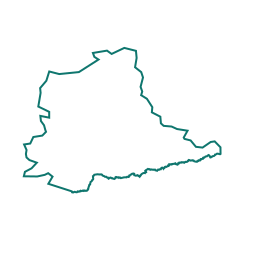 Jeti-Oguz, Ysyk-Köl, Kyrgyzstan (Natural Earth projection), rotated 15°
{"feature_id": "92254566B8733465494202", "entity_name": "Jeti-Oguz", "entity_type": "district", "adm_level": 2, "iso_a3": "KGZ", "parent_name": "Kyrgyzstan", "parent_adm1": "Ysyk-Köl", "projection": "natural_earth1", "projection_center": [78.776, 41.857], "detail": "fine", "context": "isolated", "style": "outline", "palette": "teal", "viewbox_px": 256, "rotation_deg": 15, "n_neighbors": 0, "source": "geoboundaries", "source_scale": "gbopen_adm2", "svg_char_len": 5755}
<svg xmlns="http://www.w3.org/2000/svg" viewBox="0 0 256 256"><g transform="rotate(15 128 128)"><path d="M89.5,203.7L90.2,203.8L90.5,204.4L90.8,204.4L90.9,204.6L91.6,204.5L91.7,204.1L92.4,204.0L93.0,203.4L93.6,203.4L94.0,203.5L94.3,203.5L94.6,203.4L94.8,203.4L95.3,203.3L95.4,203.2L95.7,202.6L95.8,202.5L95.8,202.3L96.0,202.3L96.7,202.4L97.1,202.2L97.2,201.9L97.5,201.9L97.7,201.7L97.9,201.8L98.1,201.7L98.0,201.3L98.3,200.9L99.1,201.1L99.6,200.7L100.1,200.6L100.3,200.3L100.7,200.4L100.8,200.4L100.8,200.2L101.0,200.1L101.2,200.3L101.4,200.2L101.6,199.7L102.3,199.6L102.8,199.9L103.6,199.4L104.3,199.4L104.5,199.3L104.9,198.4L105.2,198.1L105.1,197.8L105.1,197.5L105.4,197.3L105.4,196.9L105.2,196.7L105.3,195.5L105.2,195.3L105.4,194.5L105.3,193.7L105.3,193.0L105.4,192.8L105.9,192.6L106.0,192.4L105.9,192.1L106.0,191.8L105.8,191.4L105.9,190.2L105.8,189.8L106.7,188.8L106.8,188.5L106.8,187.8L107.1,187.5L107.1,187.2L107.4,187.0L107.6,186.6L107.4,185.5L107.3,185.4L106.9,184.6L106.9,184.2L106.6,183.6L107.0,183.1L107.4,182.7L107.4,182.2L107.5,181.9L108.8,181.3L109.2,181.2L110.3,180.6L111.0,180.6L111.4,180.4L112.1,180.4L112.4,180.2L113.1,180.2L113.9,179.7L115.0,179.8L115.4,180.1L115.5,180.4L116.6,180.7L116.8,180.7L117.2,180.6L118.5,181.1L119.1,180.8L119.5,180.7L119.8,181.0L120.6,181.3L120.8,181.3L121.3,181.0L121.8,181.3L122.0,181.8L122.4,182.0L123.2,181.0L123.4,180.9L123.5,180.6L123.8,180.4L124.4,180.4L125.0,180.7L125.3,180.8L125.5,180.8L126.0,180.5L126.3,180.7L126.7,180.8L127.5,180.7L127.9,180.8L128.3,180.5L128.7,179.8L128.8,179.4L128.6,178.9L129.0,178.4L129.7,178.3L130.0,178.7L130.3,178.7L131.7,178.0L132.0,178.1L132.2,178.4L132.8,177.9L133.0,177.8L133.5,178.0L133.7,178.3L134.1,178.3L134.5,178.0L135.2,177.6L135.5,177.5L135.6,177.4L135.8,177.4L136.0,177.2L136.6,176.9L136.8,176.7L137.4,176.6L138.1,176.3L138.7,176.2L139.2,176.1L139.2,175.9L139.4,175.7L139.8,175.3L140.0,175.3L140.4,175.2L140.9,175.3L141.2,175.2L141.5,174.9L141.4,174.6L141.5,174.0L141.7,173.9L141.6,173.7L141.9,173.6L142.0,173.3L142.1,173.0L142.6,172.6L142.7,172.3L143.4,171.9L143.4,171.6L143.7,171.2L144.3,171.0L144.3,170.9L144.7,170.7L145.3,170.5L145.8,170.6L145.8,171.1L146.0,171.4L146.0,171.7L146.3,172.0L147.0,171.9L147.6,172.1L148.3,171.9L148.5,171.6L149.2,171.4L149.4,171.1L150.2,171.3L150.5,171.7L151.3,171.8L151.7,172.0L151.7,171.9L152.1,171.5L152.0,171.0L152.0,170.9L152.6,170.5L152.7,170.0L152.9,169.6L153.0,169.6L152.8,169.5L152.9,169.3L153.3,168.7L154.0,168.1L154.4,167.6L154.8,167.4L155.3,167.2L156.0,167.2L156.0,166.8L156.2,166.6L157.0,166.0L156.9,165.8L156.2,165.6L156.0,165.3L155.8,165.1L155.7,165.0L156.0,164.4L156.3,164.0L156.6,163.9L156.9,163.4L157.4,162.9L157.8,162.4L158.3,162.6L158.9,162.2L159.4,162.2L160.1,162.6L160.3,162.5L160.7,162.5L160.8,162.4L161.0,162.0L161.7,162.0L162.0,161.9L162.2,162.0L163.1,161.8L163.4,161.8L163.7,161.5L164.5,161.5L164.6,161.3L164.9,161.2L165.3,161.6L165.5,161.8L166.0,161.6L167.1,161.8L167.2,161.4L167.7,161.0L167.9,160.3L168.1,160.3L168.3,160.4L168.9,160.3L169.4,159.6L170.1,159.5L170.4,159.4L170.5,158.7L170.4,158.6L170.4,158.3L170.8,157.7L171.3,157.4L172.1,157.7L172.5,158.0L172.5,157.7L173.3,157.6L173.6,157.1L173.4,156.6L173.5,156.3L173.9,155.9L174.0,156.0L174.5,155.7L175.3,155.6L175.7,155.0L176.0,154.7L176.7,154.4L176.6,154.2L176.4,153.8L176.5,153.5L177.4,153.3L177.4,153.1L177.5,153.0L177.4,152.8L177.3,152.3L177.5,152.3L178.0,152.6L178.3,152.3L178.5,152.0L179.3,152.0L179.3,151.9L179.6,151.5L179.8,151.5L179.9,151.4L180.1,151.3L180.4,151.4L180.9,150.9L181.7,150.8L182.3,150.2L182.7,150.0L182.9,149.8L183.6,150.2L183.5,150.5L184.2,150.6L184.4,150.4L184.6,150.4L185.3,150.6L185.5,150.4L185.6,149.6L185.6,149.4L186.0,149.5L186.4,149.1L186.4,148.9L186.2,148.5L186.4,148.1L187.1,148.1L187.5,148.0L187.9,147.7L188.0,147.5L188.3,147.4L188.7,147.5L189.0,147.0L189.9,147.1L190.3,146.8L190.7,146.9L190.8,146.8L191.2,147.0L191.4,146.7L191.5,146.7L191.7,146.3L192.2,146.1L192.3,145.8L192.5,145.7L192.7,145.8L192.9,145.7L193.4,145.6L193.5,145.5L193.8,145.4L194.1,145.0L194.2,144.7L194.4,144.6L194.3,144.3L194.4,144.1L194.9,143.7L194.8,143.4L195.0,143.1L195.8,143.1L196.2,143.3L196.6,143.4L197.1,143.1L197.3,143.1L197.5,143.0L198.4,142.8L198.5,142.5L198.8,142.4L199.4,142.4L199.7,142.7L200.1,142.6L200.4,142.9L200.5,143.0L201.9,143.0L203.3,142.8L203.5,142.1L204.0,142.1L204.5,141.7L204.5,141.3L204.4,141.3L204.4,141.0L204.7,140.8L205.6,140.8L206.2,140.6L206.4,140.2L206.1,139.5L206.2,139.2L206.9,138.9L207.2,138.9L207.8,138.6L208.0,138.5L208.5,138.2L208.5,137.7L208.2,137.6L208.2,137.3L208.3,137.2L208.5,137.4L208.8,137.3L208.9,137.2L209.4,136.9L210.2,135.5L211.1,135.1L211.6,134.9L211.9,134.3L212.4,134.0L212.6,133.7L212.6,133.4L212.9,133.2L213.9,133.7L214.2,134.0L214.3,134.2L214.7,134.5L215.0,135.1L215.5,135.1L215.7,134.9L215.8,134.7L215.9,134.3L216.3,134.2L216.6,133.9L216.8,133.8L216.9,133.4L217.7,133.0L218.1,132.9L218.4,132.6L218.6,132.3L219.1,131.6L219.0,131.2L219.5,131.0L220.4,130.1L220.5,129.9L220.7,129.7L222.2,129.5L223.0,129.6L223.9,129.4L224.1,129.1L222.3,122.7L215.2,118.5L211.5,120.1L205.1,127.6L198.5,128.6L191.7,123.8L185.4,123.9L184.3,122.8L186.2,115.2L175.6,116.3L169.7,115.3L161.9,116.7L158.6,115.0L156.3,108.7L147.0,106.7L146.1,101.6L138.7,94.9L132.2,92.9L132.3,89.1L129.5,85.0L129.4,75.3L126.3,70.6L119.1,67.5L118.2,58.1L115.7,51.4L103.7,51.6L93.0,60.7L87.7,58.7L74.7,64.6L77.1,68.0L81.8,69.5L66.1,86.7L47.6,93.7L37.3,93.8L36.9,103.5L32.8,112.2L34.5,116.7L35.8,130.5L47.7,132.8L49.2,138.4L40.2,139.0L42.1,143.8L46.2,147.1L48.7,151.4L49.8,152.9L47.2,157.5L38.9,161.2L37.6,168.3L31.9,170.8L35.7,175.5L36.1,179.5L37.6,182.7L41.1,184.5L48.9,185.1L45.3,191.9L39.8,197.0L39.9,201.6L52.9,198.3L59.7,194.8L62.6,192.3L67.7,194.5L65.5,202.5L89.5,203.7Z" fill="none" stroke="#0f766e" stroke-width="2"/></g></svg>